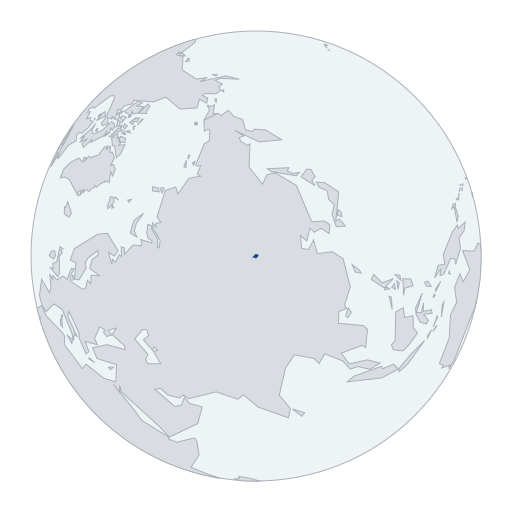 the Earth from above Ulaanbaatar, rotated 307°
{"feature_id": "MNG-3331", "entity_name": "Ulaanbaatar", "entity_type": "Municipality", "adm_level": 1, "iso_a3": "MNG", "parent_name": "Mongolia", "parent_adm1": "", "projection": "orthographic", "projection_center": [106.992, 47.946], "detail": "fine", "context": "on_globe", "style": "filled", "palette": "blue", "viewbox_px": 512, "rotation_deg": 307, "n_neighbors": 0, "source": "natural_earth", "source_scale": "10m", "svg_char_len": 12075}
<svg xmlns="http://www.w3.org/2000/svg" viewBox="0 0 512 512"><g transform="rotate(307 256 256)"><circle cx="256" cy="256" r="225" fill="#eef3f6" stroke="#a8b0b8"/><path d="M387.8,73.3L393.0,77.5L390.2,78.8L373.8,74.4L372.8,71.6L368.9,71.3L370.1,75.0L371.7,77.5L360.1,85.1L361.4,101.9L369.3,109.7L361.7,106.4L381.6,123.4L387.1,136.3L376.3,120.4L371.7,117.8L373.1,125.5L368.7,124.6L366.8,128.0L361.4,126.4L355.5,117.8L351.9,116.7L353.1,122.3L348.4,124.6L347.2,116.4L338.9,119.8L327.6,107.0L328.6,88.3L317.7,81.8L306.8,64.6L303.2,65.7L296.8,60.5L290.3,60.0L290.1,57.4L285.1,59.4L286.5,61.9L284.8,63.7L281.1,63.8L280.2,60.3L282.0,59.7L279.8,58.8L280.9,57.1L278.3,58.0L277.6,54.1L272.8,58.1L267.7,55.2L268.8,52.6L275.8,52.7L295.7,48.3L298.9,46.5L296.4,43.5L276.7,37.8L277.3,36.3L273.0,34.3L269.3,35.0L271.5,36.8L263.7,38.1L267.2,40.7L264.5,41.7L265.3,45.0L257.5,44.8L249.5,43.1L248.5,40.6L244.9,40.0L239.7,43.0L231.7,39.5L216.0,39.5L214.8,38.9L223.7,35.7L239.4,33.7L250.9,31.6L235.7,33.5L232.9,32.6L229.1,32.9L224.8,33.6L222.8,34.3L220.2,34.3L234.3,31.9L236.8,31.8L232.3,32.4L239.7,31.7L249.2,30.9L247.6,30.9L264.2,30.9L280.7,32.1L297.1,34.5L313.3,38.1L329.2,42.9L344.6,48.9L359.6,56.0L374.0,64.1L387.8,73.3ZM467.4,186.9L465.7,184.2L466.2,183.1L467.4,186.9ZM465.0,184.5L465.5,185.0L465.2,185.0L465.0,184.5ZM464.9,185.7L465.0,184.8L465.1,186.2L464.9,185.7ZM465.1,187.9L464.9,186.6L465.0,186.9L465.1,187.9ZM464.6,190.2L464.5,190.6L464.1,189.1L464.6,190.2ZM373.2,79.0L370.6,75.2L371.2,72.5L373.9,75.6L373.2,79.0ZM371.4,85.2L368.9,82.9L373.4,82.7L373.4,84.0L371.4,85.2ZM375.9,115.7L374.6,111.7L377.4,116.0L375.9,115.7ZM367.5,128.8L369.3,130.3L367.6,131.5L367.5,128.8ZM269.5,44.9L267.5,44.9L268.4,44.3L269.5,44.9ZM271.8,46.4L274.4,45.6L275.9,46.3L274.2,46.7L271.8,46.4ZM357.7,130.2L354.4,131.8L356.7,128.6L357.7,130.2ZM268.3,47.2L278.1,47.5L280.6,48.7L276.6,51.4L268.3,47.2ZM351.8,131.8L343.8,136.3L347.1,139.9L333.3,132.7L344.7,131.0L347.0,126.3L348.4,130.3L351.8,131.8ZM288.6,62.7L286.9,60.0L291.7,62.2L288.6,62.7ZM292.1,63.7L309.3,68.9L309.9,73.2L304.1,70.4L307.6,76.4L299.4,75.9L295.6,72.5L296.9,69.7L292.8,71.8L292.1,63.7ZM327.0,128.2L324.2,128.2L326.0,126.6L327.0,128.2ZM284.5,64.6L287.9,65.1L288.7,68.8L282.0,68.5L283.9,67.4L284.5,64.6ZM312.5,78.3L311.9,81.2L305.1,81.6L304.0,82.8L299.3,76.3L312.5,78.3ZM281.9,66.6L278.6,68.3L274.8,66.7L281.2,64.4L281.9,66.6ZM291.7,70.0L291.8,71.8L289.6,70.7L291.7,70.0ZM259.8,62.5L263.8,62.7L264.6,64.6L259.8,62.5ZM277.6,69.1L278.9,69.6L279.7,70.5L276.8,71.3L277.6,69.1ZM294.8,77.1L292.1,76.7L296.4,79.8L291.5,80.4L289.3,76.0L288.2,78.2L286.7,78.4L286.5,74.6L294.8,77.1ZM276.2,74.8L271.6,69.9L263.9,68.9L263.0,67.1L275.6,69.1L276.2,74.8ZM282.3,75.0L278.3,74.5L279.2,72.3L282.5,71.4L282.3,75.0ZM289.0,82.5L297.1,82.6L297.3,83.6L289.0,82.5ZM273.7,74.9L274.9,76.1L273.1,75.1L273.7,74.9ZM284.1,80.6L286.9,80.4L287.1,81.5L284.1,80.6ZM274.8,78.8L273.3,77.2L275.5,76.4L274.8,78.8ZM278.9,79.9L278.5,81.5L277.2,77.1L280.2,79.7L278.9,79.9ZM283.8,81.6L284.8,82.3L282.6,81.6L283.8,81.6ZM267.4,82.9L265.2,77.5L270.1,75.8L271.5,81.1L267.4,82.9ZM82.5,112.4L87.6,114.9L82.0,124.2L78.4,147.1L76.8,151.7L70.0,156.0L61.6,185.2L67.3,185.3L66.8,208.2L71.1,219.8L85.3,210.0L78.4,190.7L84.3,180.7L95.5,190.3L102.6,208.0L105.2,204.7L106.7,188.5L114.4,187.9L107.9,182.6L106.0,188.2L101.9,185.2L103.3,180.0L106.0,179.9L105.6,173.7L93.0,176.7L89.7,182.7L84.9,171.0L79.0,180.1L75.5,179.3L84.2,163.9L88.0,161.1L99.1,140.1L94.7,141.8L83.9,162.0L84.5,157.8L78.5,161.1L83.6,155.4L96.6,133.6L96.3,123.6L85.3,121.9L87.3,115.9L93.9,107.0L108.5,98.7L102.3,113.2L107.4,111.2L117.7,102.0L114.9,107.5L118.4,105.7L116.9,111.3L123.8,114.0L123.7,119.3L135.0,115.9L136.5,118.4L129.3,119.6L124.3,123.5L125.1,137.8L127.8,139.2L135.1,136.1L134.3,140.7L141.3,135.9L146.0,142.8L146.1,130.6L154.7,127.3L162.2,129.4L165.1,126.3L152.9,123.0L148.0,123.8L143.7,127.8L130.4,128.9L128.3,125.1L142.3,116.2L140.9,110.1L152.5,106.5L178.3,116.6L184.7,123.6L177.1,142.8L170.7,143.0L170.2,136.0L162.7,145.8L167.1,143.3L166.5,147.4L174.6,146.0L174.5,148.8L182.3,142.8L183.2,146.1L178.2,149.9L190.9,151.3L195.0,158.0L197.9,157.0L199.8,154.0L203.7,164.9L205.6,163.7L205.1,159.6L208.6,154.8L216.4,150.6L217.3,154.6L214.7,156.6L210.5,167.1L203.2,172.4L204.4,173.6L210.9,170.0L216.0,157.1L220.4,153.5L218.9,159.7L219.8,157.2L222.3,156.6L225.6,160.0L227.7,153.4L253.8,144.2L262.8,150.3L258.6,156.4L277.8,155.7L286.5,163.7L286.0,159.8L294.8,157.5L292.2,154.9L292.6,153.0L314.2,147.2L320.0,149.3L328.7,143.4L328.4,141.5L324.6,139.6L333.3,132.7L347.1,139.9L347.0,143.7L355.7,146.1L354.2,154.6L357.0,163.1L350.4,171.8L353.2,178.2L356.3,178.4L362.4,187.7L364.3,206.6L349.1,190.0L343.6,163.5L344.6,174.0L340.3,171.4L338.2,175.2L339.3,182.8L341.9,183.8L322.8,196.9L317.3,218.0L327.6,215.8L333.9,221.2L336.7,245.7L316.8,279.9L325.0,289.4L325.4,296.1L318.0,300.9L317.2,291.2L310.0,288.2L310.6,282.3L298.6,287.5L299.0,279.3L289.5,287.8L292.9,294.2L303.4,292.3L294.9,303.7L305.3,314.3L306.3,327.2L288.1,349.9L269.9,356.3L268.7,360.1L261.6,355.5L251.9,362.4L265.0,383.5L264.5,389.2L248.9,398.7L248.6,394.7L229.7,382.5L225.9,395.4L240.2,407.6L245.1,419.6L234.0,415.0L229.1,404.0L222.4,399.4L224.4,388.3L219.2,369.7L208.0,371.1L209.1,363.9L200.2,346.2L184.3,346.9L158.8,358.4L154.9,375.3L146.3,379.3L136.6,348.6L137.6,329.6L130.7,327.8L123.5,305.9L101.5,288.1L101.3,281.8L96.5,280.3L91.9,269.3L92.8,259.3L88.7,255.2L87.0,281.8L91.8,286.2L100.0,284.0L98.3,291.8L103.1,303.9L87.1,310.3L59.3,295.8L61.6,281.8L66.5,229.8L69.2,227.0L69.5,226.5L69.8,225.6L65.1,229.1L67.7,219.5L59.6,252.2L56.0,263.3L58.8,296.1L57.3,296.4L59.7,304.9L73.6,316.3L72.6,320.2L62.9,330.2L48.1,331.3L53.0,349.7L56.9,360.9L55.4,358.5L48.5,343.7L42.7,328.4L38.0,312.7L34.4,296.7L32.1,280.4L30.9,264.1L30.9,247.7L32.1,231.4L34.4,215.2L38.0,199.2L42.7,183.5L48.5,168.2L55.5,153.3L63.5,139.0L72.5,125.3L82.5,112.4ZM78.1,119.7L76.2,121.8L78.1,119.7ZM104.9,234.6L112.6,244.8L118.1,231.5L121.5,234.4L122.1,229.0L118.4,230.5L121.3,216.5L127.8,218.1L131.4,213.2L129.0,209.6L116.7,209.0L112.5,228.8L106.9,230.2L104.9,234.6ZM232.1,32.7L230.8,32.9L226.4,33.5L228.5,33.1L232.1,32.7ZM206.9,38.3L203.3,38.3L207.3,37.8L209.4,36.9L220.5,35.0L214.8,38.5L215.4,37.1L206.9,38.3ZM233.7,34.1L227.3,34.5L234.6,34.0L233.7,34.1ZM138.9,92.4L135.4,95.7L131.7,96.0L131.9,90.5L137.3,89.8L138.9,92.4ZM131.5,100.4L145.4,93.8L145.8,97.4L143.2,96.4L142.1,99.4L137.6,98.8L124.4,109.2L120.3,110.2L122.9,98.7L124.3,101.7L127.6,98.1L131.5,100.4ZM180.1,74.7L186.1,73.0L179.3,82.7L174.4,83.3L174.3,77.5L180.0,73.5L180.1,74.7ZM259.3,52.5L262.1,52.1L262.3,52.9L260.2,54.0L259.3,52.5ZM261.6,62.5L247.6,55.8L250.0,54.8L238.9,52.8L241.0,49.4L248.1,50.8L241.4,47.0L248.7,46.9L243.4,44.7L259.1,48.1L265.4,48.2L257.6,49.3L255.5,52.2L256.4,53.5L263.9,57.6L276.4,59.8L276.3,63.5L273.0,65.6L269.9,65.6L270.9,63.1L266.2,64.9L265.3,61.4L261.6,62.5ZM233.5,93.3L235.9,89.4L226.2,94.5L225.3,90.1L224.3,91.0L220.8,88.5L214.7,87.1L215.3,85.0L212.7,85.4L210.3,84.0L206.9,83.9L206.8,80.2L202.7,79.9L205.0,78.4L197.8,78.9L203.1,76.9L200.6,75.1L196.8,78.0L204.8,60.6L204.0,55.6L200.5,52.7L210.1,50.2L219.5,51.6L227.5,55.6L226.9,61.1L231.3,59.2L232.3,61.4L228.4,62.0L235.1,62.5L234.8,64.5L242.0,69.4L251.7,69.4L254.6,71.4L250.6,72.4L256.2,73.7L250.7,77.1L252.6,78.7L249.1,83.9L240.4,85.4L243.2,87.1L240.7,91.4L233.5,93.3ZM266.1,84.3L255.9,86.4L250.4,85.3L258.8,76.8L257.9,74.9L263.1,69.9L271.0,71.8L268.7,73.0L268.4,74.6L266.1,73.3L267.7,75.6L264.7,77.5L265.2,79.8L261.7,79.8L266.1,84.3ZM79.3,152.7L78.8,155.6L79.1,159.2L75.3,161.6L79.3,152.7ZM87.9,137.7L88.1,139.5L82.8,144.1L83.3,141.4L87.9,137.7ZM92.7,136.9L88.5,139.3L91.1,136.3L92.7,136.9ZM130.0,121.2L130.8,123.2L129.1,124.4L126.6,124.5L130.0,121.2ZM204.6,109.2L206.9,106.7L208.2,107.1L215.8,104.1L217.1,107.4L213.0,110.4L204.6,109.2ZM81.5,209.1L77.7,208.3L78.2,205.3L79.4,206.1L81.5,209.1ZM74.3,183.8L73.8,191.3L73.3,184.4L74.3,183.8ZM207.3,112.2L210.2,110.5L209.0,113.2L207.3,112.2ZM218.4,109.6L217.7,112.6L218.1,107.4L218.4,109.6ZM68.5,380.9L64.0,372.2L68.6,376.7L69.6,374.7L74.7,384.7L78.9,395.3L68.5,380.9ZM302.1,442.4L308.9,442.1L308.6,442.7L302.1,442.4ZM295.0,441.1L302.8,440.5L293.7,442.5L295.0,441.1ZM305.8,440.2L313.7,438.0L317.1,436.5L316.5,437.8L305.8,440.2ZM289.8,441.5L261.0,442.1L249.7,440.0L252.3,437.9L270.7,438.8L289.8,441.5ZM251.4,437.8L234.1,429.6L210.5,404.6L218.9,406.5L243.6,422.7L242.0,424.8L252.5,431.1L251.4,437.8ZM293.4,424.8L291.8,431.3L275.9,431.5L268.7,430.5L263.7,422.1L266.5,417.7L272.4,417.9L295.4,401.3L303.4,404.6L296.3,411.8L302.8,417.2L293.4,424.8ZM155.8,377.3L160.1,389.2L155.5,389.0L155.8,377.3ZM304.7,388.8L295.4,396.9L303.9,386.3L304.7,388.8ZM309.7,378.7L310.3,382.5L306.5,379.1L309.7,378.7ZM268.5,365.9L262.2,366.7L262.1,363.7L270.0,361.0L268.5,365.9ZM307.0,337.9L306.9,347.1L305.7,350.2L302.9,345.0L307.0,337.9ZM222.4,140.5L210.4,140.7L202.6,143.7L199.5,149.5L198.6,141.7L210.7,137.1L222.4,140.5ZM249.8,143.1L252.4,138.5L254.8,140.7L254.5,142.1L249.8,143.1ZM249.0,140.2L245.7,134.2L249.4,131.8L251.3,137.0L249.0,140.2ZM226.0,122.4L222.4,122.2L223.4,119.9L226.0,122.4ZM353.9,458.9L352.4,459.3L347.5,461.6L352.9,458.6L345.6,462.3L343.0,462.6L335.2,464.8L291.3,477.1L282.0,477.8L285.2,476.3L278.4,471.7L281.5,471.6L280.4,467.2L306.8,459.7L326.0,446.7L339.7,444.1L350.7,433.4L364.6,429.5L359.9,437.0L373.6,435.2L384.6,417.7L391.2,427.3L400.0,425.3L400.3,428.5L390.2,436.9L372.6,448.8L353.9,458.9ZM433.5,393.3L435.1,391.7L436.9,390.1L434.5,393.0L433.5,393.3ZM444.1,377.2L444.7,376.9L443.9,378.0L444.1,377.2ZM443.5,377.8L444.7,375.4L444.3,376.8L443.5,377.8ZM436.6,379.3L437.7,377.5L438.1,377.6L436.6,379.3ZM318.8,440.7L328.4,434.6L333.5,433.2L318.8,440.7ZM435.2,379.1L432.6,381.3L432.9,380.3L435.2,379.1ZM435.6,377.0L435.4,376.1L436.8,377.3L435.6,377.0ZM430.5,378.8L433.7,378.1L430.1,379.4L430.5,378.8ZM428.5,380.7L426.1,381.7L426.3,381.1L428.5,380.7ZM399.7,401.0L409.0,402.6L401.3,407.0L392.7,407.1L385.5,414.6L369.5,420.5L373.3,416.4L371.3,413.0L354.5,416.8L351.1,414.8L357.2,411.2L345.9,411.8L358.2,407.1L363.2,411.7L370.1,404.6L381.9,401.4L393.1,398.4L401.9,398.2L399.7,401.0ZM358.1,420.2L360.2,419.5L358.3,421.8L358.1,420.2ZM421.5,382.0L425.0,382.2L424.5,383.1L422.8,384.0L421.5,382.0ZM404.0,396.1L413.6,385.9L415.8,384.6L409.4,393.7L404.0,396.1ZM411.4,384.1L415.7,382.1L418.0,383.4L417.0,384.7L411.4,384.1ZM333.0,421.2L332.4,422.9L329.2,422.3L333.0,421.2ZM337.2,419.3L346.9,418.8L336.2,420.9L337.2,419.3ZM307.4,418.2L310.3,422.0L319.4,418.1L312.4,422.9L318.6,428.4L316.4,431.1L310.4,425.1L308.1,432.5L304.1,432.8L301.9,426.9L306.0,418.7L310.1,414.9L326.5,411.1L307.4,418.2ZM337.1,414.4L334.5,410.1L336.5,406.4L339.3,408.4L337.1,414.4ZM326.8,399.3L319.8,394.2L313.6,397.5L326.2,386.8L330.8,393.5L326.8,399.3ZM320.8,386.5L314.9,389.5L320.9,383.4L320.8,386.5ZM313.4,387.5L312.7,383.1L317.3,383.1L313.4,387.5ZM323.8,386.2L324.8,378.3L327.2,382.5L323.8,386.2ZM310.5,373.0L320.6,379.3L307.6,377.7L306.7,362.2L312.2,361.2L310.5,373.0ZM339.2,301.0L337.6,296.1L342.5,293.9L342.2,297.8L339.2,301.0ZM357.0,283.5L343.3,291.8L332.0,298.7L335.7,300.4L333.6,309.5L327.8,302.4L335.4,291.4L344.0,287.7L344.9,280.1L350.9,273.6L348.9,264.6L351.4,259.8L355.9,267.0L357.0,283.5ZM347.7,260.9L346.4,244.3L355.8,244.2L358.2,247.8L354.9,255.4L350.1,254.9L347.7,260.9ZM348.9,240.4L344.3,239.9L332.6,217.2L332.5,212.5L346.3,229.1L342.7,229.6L343.9,235.4L348.9,240.4ZM325.3,130.2L324.3,128.4L326.7,129.5L325.3,130.2ZM291.0,151.6L292.0,149.1L294.8,150.3L291.0,151.6ZM296.3,143.0L292.4,143.3L296.1,141.3L296.3,143.0ZM283.8,144.6L290.7,142.7L284.6,146.9L283.8,144.6Z" fill="#d9dde1" stroke="#a8b0b8" stroke-width="1"/><path d="M254.3,254.8L254.9,254.9L255.2,255.0L255.4,255.0L255.5,255.0L255.8,255.1L256.0,255.0L256.3,254.9L256.3,255.1L256.5,255.3L256.7,255.6L256.8,255.7L256.9,255.8L257.0,255.9L257.2,256.0L257.4,256.0L257.5,256.1L257.5,256.5L257.4,257.1L257.2,257.2L256.9,257.2L256.7,257.2L256.4,257.0L256.3,256.9L256.2,256.9L255.9,256.8L255.5,256.9L255.1,256.9L254.8,256.8L254.7,256.8L254.7,256.7L254.7,256.3L254.7,256.2L254.5,255.9L254.5,255.4L254.4,255.1L254.4,254.9L254.3,254.8Z" fill="#3b82f6" stroke="#1e3a8a" stroke-width="1.5"/></g></svg>